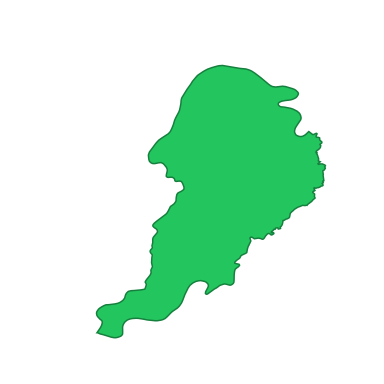 Nhon Trach, Hồ Chí Minh city, Vietnam, rotated 69°
{"feature_id": "81297802B6615511759285", "entity_name": "Nhon Trach", "entity_type": "district", "adm_level": 2, "iso_a3": "VNM", "parent_name": "Vietnam", "parent_adm1": "Hồ Chí Minh city", "projection": "equal_earth", "projection_center": [106.926, 10.654], "detail": "fine", "context": "isolated", "style": "filled", "palette": "green", "viewbox_px": 384, "rotation_deg": 69, "n_neighbors": 0, "source": "geoboundaries", "source_scale": "gbopen_adm2", "svg_char_len": 5985}
<svg xmlns="http://www.w3.org/2000/svg" viewBox="0 0 384 384"><g transform="rotate(69 192 192)"><path d="M289.3,331.1L289.4,330.8L291.6,328.6L293.4,326.0L298.6,319.4L299.9,317.3L300.6,315.8L300.9,314.5L301.1,313.0L301.1,310.5L300.9,309.5L300.5,308.7L300.1,308.0L299.3,307.5L297.1,306.6L294.0,305.5L293.0,305.1L291.4,303.9L290.5,302.9L289.7,301.9L289.0,300.5L288.3,298.1L288.3,296.9L288.4,294.7L288.9,292.5L289.9,289.3L290.8,287.3L293.3,282.9L295.4,279.6L299.2,272.1L299.8,270.3L300.5,266.9L300.7,265.1L300.5,262.6L299.7,260.3L297.2,254.9L296.5,253.1L295.1,247.2L294.0,244.7L291.8,241.5L289.7,239.4L285.2,235.4L280.1,229.9L278.4,227.3L277.4,224.4L277.1,222.9L276.9,220.1L277.3,217.6L277.8,215.7L278.6,214.4L280.0,212.3L280.8,211.4L282.7,210.4L283.6,210.1L285.1,210.2L285.9,210.6L287.1,211.7L289.8,214.8L290.4,215.3L291.5,215.8L292.3,215.5L292.6,215.3L292.8,214.0L290.6,205.9L290.3,203.4L289.2,199.6L289.2,198.4L289.4,195.0L290.0,193.6L292.4,190.3L292.7,189.5L292.8,188.9L292.7,187.8L292.3,186.6L291.9,185.9L291.2,185.2L289.1,184.2L284.4,182.3L281.7,180.9L279.7,179.5L279.0,177.8L278.4,175.4L277.8,174.3L277.4,173.8L276.6,173.9L276.3,174.0L274.8,176.3L273.9,177.5L273.3,177.5L272.7,177.0L271.6,174.2L271.0,171.6L270.6,170.8L269.4,169.6L269.1,169.1L268.8,168.0L268.5,164.0L268.2,162.6L264.9,160.6L263.9,159.8L262.8,158.9L261.9,157.7L261.2,157.3L261.0,156.8L258.8,154.6L256.0,154.5L255.5,154.1L255.3,153.1L255.7,152.3L256.7,151.4L258.0,150.6L258.8,146.6L259.9,144.8L261.3,143.3L261.5,142.6L261.2,141.5L259.5,139.2L258.2,136.7L258.1,136.2L258.2,135.3L258.6,134.7L259.5,134.0L260.2,133.7L260.6,133.2L260.7,132.7L260.3,130.7L259.8,130.3L259.4,130.4L259.0,130.8L258.5,132.3L258.1,132.4L257.5,132.0L257.4,131.6L257.4,131.2L257.1,130.4L256.4,129.2L256.2,129.0L256.2,128.6L256.6,128.1L256.6,127.7L255.8,127.1L255.7,126.7L256.0,125.1L256.2,124.7L257.4,124.8L257.6,124.6L257.8,122.4L257.6,122.3L256.4,122.2L256.2,121.9L256.0,121.0L255.2,119.9L254.5,119.2L253.0,118.2L251.2,117.3L251.2,116.9L251.5,116.6L251.5,116.3L251.0,113.9L251.2,112.7L250.9,110.6L250.4,109.9L247.5,108.1L246.9,107.5L245.8,104.9L245.7,104.3L244.9,102.7L244.1,98.6L244.2,96.6L244.1,93.5L245.2,91.3L245.4,89.8L245.7,89.4L245.4,89.0L245.0,88.3L243.7,83.7L242.6,81.7L241.8,79.3L241.4,79.2L240.1,79.3L239.6,79.1L238.5,78.5L237.8,78.3L235.7,79.4L235.1,79.1L235.0,78.9L234.8,77.2L234.7,76.8L234.1,77.2L233.4,76.6L232.6,76.9L231.9,76.4L232.3,76.0L232.8,75.1L232.9,74.7L232.9,73.3L233.2,72.5L233.2,70.7L232.8,69.7L233.0,68.0L232.9,67.5L232.5,67.1L230.6,67.4L230.4,66.1L229.1,66.1L229.0,65.4L228.5,65.4L228.5,64.8L223.3,63.6L222.8,63.2L219.5,62.4L218.9,62.0L218.9,60.8L218.6,60.3L218.1,59.9L217.9,59.2L217.6,59.0L216.0,59.1L215.4,58.0L214.7,58.1L214.3,58.4L212.6,60.1L211.8,62.0L211.7,62.6L211.7,63.7L211.4,64.1L210.7,64.2L209.7,61.4L208.2,62.9L207.7,62.7L206.6,61.9L201.9,61.6L201.6,61.6L201.1,62.0L200.7,62.0L200.4,61.8L200.3,61.3L199.9,61.1L199.7,61.2L199.5,62.0L199.2,62.0L198.1,60.8L197.7,58.5L196.6,56.4L196.2,56.0L194.6,55.1L193.9,55.5L193.3,55.5L193.2,55.3L192.8,53.4L192.4,53.0L191.4,52.9L190.6,53.5L189.4,54.0L188.4,53.9L187.5,53.5L187.1,53.5L186.2,54.6L185.6,55.9L185.1,56.3L184.4,56.2L183.9,55.8L182.9,54.7L182.3,54.4L182.0,54.6L181.8,54.8L181.7,55.3L181.9,57.8L181.6,58.6L181.5,58.8L177.4,61.3L179.0,65.1L179.4,66.6L179.6,68.5L179.5,69.6L179.3,70.4L178.4,72.2L176.9,73.8L175.9,74.5L175.0,74.7L173.9,74.8L172.6,74.7L171.5,74.2L170.4,73.5L169.2,72.5L167.2,69.9L163.5,64.6L162.3,63.8L161.6,63.5L159.6,63.2L157.9,63.3L156.7,63.6L154.1,65.0L150.9,67.9L149.3,69.8L146.0,75.1L144.3,78.5L144.0,78.9L143.5,79.3L142.2,80.0L141.6,80.1L140.8,80.0L140.0,79.4L139.7,78.7L139.4,77.0L139.5,75.0L140.0,72.3L141.2,67.6L141.4,66.3L141.5,64.8L141.4,62.7L141.2,61.3L141.0,60.7L140.4,59.6L139.7,58.6L139.0,57.9L138.4,57.5L137.8,57.3L136.6,57.5L134.1,58.7L132.7,59.8L131.4,61.3L127.1,66.9L125.7,69.5L124.0,76.2L122.4,79.1L120.8,80.6L118.8,81.9L109.8,86.9L103.5,90.8L101.0,92.6L99.8,93.6L98.4,95.1L96.6,97.4L96.1,98.3L93.7,103.1L84.8,118.2L83.8,121.5L83.5,123.4L83.0,128.8L82.9,133.3L83.1,135.2L83.5,138.1L84.9,144.2L85.4,145.6L88.8,151.8L91.0,154.7L94.4,159.9L100.2,167.5L100.8,168.1L102.5,169.3L105.1,170.5L108.9,172.8L111.5,174.6L112.9,176.0L116.9,180.6L118.9,182.6L122.6,185.4L125.8,188.4L127.8,190.6L129.1,193.1L129.8,196.3L130.9,201.4L131.7,204.5L133.5,208.1L139.4,217.4L140.8,218.6L141.9,219.5L145.1,220.4L146.7,220.7L148.3,220.7L150.1,219.8L151.2,218.7L151.7,217.8L152.2,216.4L152.8,212.7L153.5,210.3L155.2,208.7L156.3,208.2L159.3,207.2L160.5,207.0L161.7,207.0L162.6,207.2L163.7,207.7L166.6,209.7L167.6,210.2L168.1,210.4L168.7,210.2L169.5,209.6L169.9,208.8L170.7,206.1L171.4,204.9L172.9,203.8L173.5,203.7L175.4,203.9L175.8,203.7L176.3,203.2L176.6,202.5L177.1,200.4L177.3,199.8L178.1,198.5L178.5,198.1L180.6,197.7L183.7,197.7L184.8,197.8L186.4,198.5L186.9,199.4L187.5,201.6L187.7,204.3L188.0,205.8L189.1,207.2L190.2,207.9L191.5,208.7L194.1,209.9L194.8,210.3L196.4,212.5L197.0,214.1L197.8,217.3L201.2,221.0L202.6,222.8L203.3,224.1L206.6,235.5L207.6,238.4L208.4,239.8L208.8,240.3L209.4,240.6L210.1,240.7L211.7,240.0L213.7,238.6L214.4,238.3L215.2,238.2L216.6,238.4L217.2,238.8L217.7,239.5L220.3,244.2L221.1,245.0L222.0,245.6L225.2,246.8L227.9,248.7L229.2,248.8L229.7,249.0L230.3,249.6L231.4,251.6L231.8,252.0L232.5,252.4L233.1,252.5L234.4,252.3L236.1,251.7L236.6,251.7L239.1,253.1L243.5,255.1L247.5,255.7L248.0,256.1L250.0,258.2L250.5,258.5L252.4,259.0L253.1,259.4L254.0,260.3L254.6,260.9L257.6,266.0L258.8,267.6L259.5,268.0L261.1,267.7L262.0,267.9L262.5,268.1L264.3,269.5L265.8,270.9L265.0,275.1L263.4,280.8L262.3,284.3L262.0,286.5L262.0,287.2L262.4,288.2L263.0,289.5L264.2,290.9L266.8,292.8L267.6,294.0L268.3,295.1L268.9,297.1L269.3,299.1L269.3,301.1L268.9,303.9L267.4,310.0L266.5,312.7L266.5,314.8L266.8,317.2L267.3,319.6L267.9,321.3L269.0,322.9L269.9,324.0L271.2,324.7L273.2,325.0L274.7,324.7L277.5,323.6L279.2,322.6L280.4,322.2L282.1,322.7L284.3,324.4L285.9,326.2L289.3,331.1Z" fill="#22c55e" stroke="#15803d" stroke-width="1.5"/></g></svg>